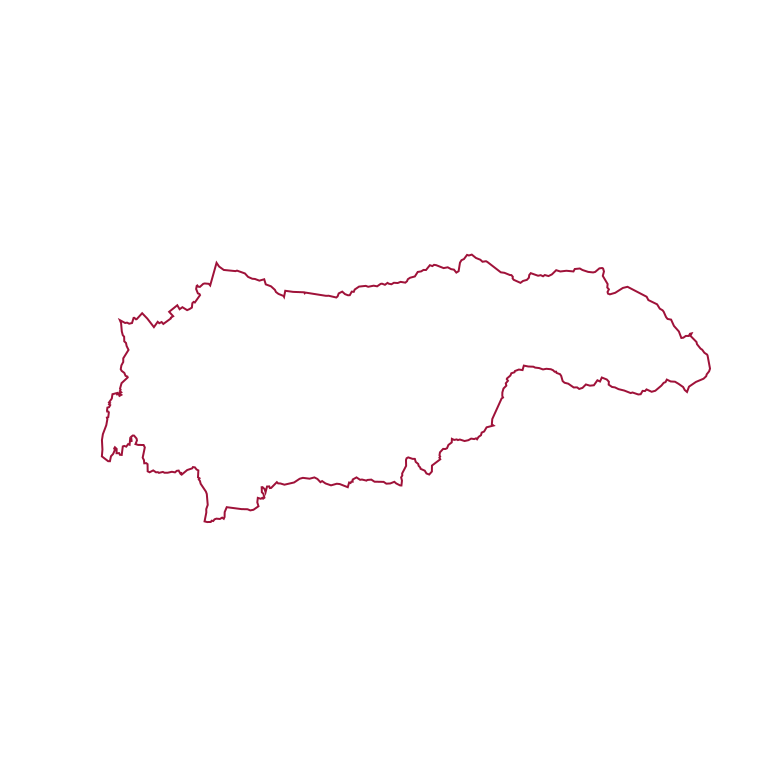 Dumitresti, Vrancea, Romania (Albers equal-area conic projection), rotated 129°
{"feature_id": "2599482B73706266576217", "entity_name": "Dumitresti", "entity_type": "district", "adm_level": 2, "iso_a3": "ROU", "parent_name": "Romania", "parent_adm1": "Vrancea", "projection": "albers", "projection_center": [26.916, 45.591], "detail": "fine", "context": "isolated", "style": "outline", "palette": "rose", "viewbox_px": 768, "rotation_deg": 129, "n_neighbors": 0, "source": "geoboundaries", "source_scale": "gbopen_adm2", "svg_char_len": 6166}
<svg xmlns="http://www.w3.org/2000/svg" viewBox="0 0 768 768"><g transform="rotate(129 384 384)"><path d="M500.6,629.5L502.1,626.7L508.1,620.9L510.4,617.8L510.8,615.7L514.3,612.7L514.5,610.3L516.4,608.0L518.3,604.0L528.1,602.8L531.0,600.5L534.8,599.8L538.2,597.9L538.9,596.1L538.8,592.8L540.3,590.0L539.7,588.1L540.2,587.3L548.5,588.5L553.8,586.2L554.2,585.1L555.7,584.8L555.8,583.1L557.6,584.0L557.7,581.3L559.7,582.1L558.9,583.7L560.0,584.9L558.9,585.7L562.8,588.6L566.6,586.4L571.4,586.1L571.2,585.0L572.8,584.9L572.7,583.5L575.0,583.1L576.4,584.1L579.0,582.5L579.6,581.8L578.9,580.8L579.3,579.9L583.4,577.4L584.5,578.2L585.5,576.8L590.8,573.9L599.9,570.9L605.1,567.9L612.1,561.6L617.8,557.7L617.6,549.8L616.5,548.4L612.0,550.7L608.8,550.5L605.5,551.4L604.3,552.0L603.9,553.1L602.5,553.3L602.7,550.9L606.1,548.3L604.4,546.3L605.2,544.7L604.2,543.2L596.9,547.7L595.6,546.9L594.9,544.9L591.7,545.0L591.3,543.5L586.9,546.4L587.5,544.6L587.1,544.3L584.2,547.3L582.1,546.8L581.4,545.8L582.1,542.0L583.3,540.5L587.1,539.3L586.1,536.8L582.7,532.4L583.8,530.0L593.1,525.2L594.2,522.7L596.5,520.4L595.1,518.9L595.1,517.3L600.6,512.7L600.1,510.6L596.4,509.0L596.1,505.6L594.8,504.2L594.7,503.0L591.5,500.5L591.1,498.7L589.0,496.2L585.7,493.6L584.2,490.8L581.9,490.4L580.5,489.1L581.5,486.5L580.9,485.8L581.9,485.3L581.8,484.2L574.7,482.8L570.3,480.0L568.8,480.2L567.8,478.5L568.4,475.9L568.0,473.9L573.6,469.8L573.4,468.0L574.7,467.9L575.2,466.0L576.9,463.7L579.7,454.7L581.0,452.5L588.9,444.9L593.1,443.4L595.7,441.2L603.7,437.0L602.6,434.6L600.3,431.8L598.7,431.9L598.0,430.5L595.8,430.5L594.1,429.5L592.2,426.6L589.7,425.7L589.6,423.7L587.7,424.2L583.8,427.2L578.7,428.7L570.9,416.0L567.2,411.2L566.4,408.4L563.9,406.3L558.0,404.6L555.7,408.0L551.9,410.4L550.7,407.5L549.0,406.9L549.2,405.8L547.6,405.4L545.2,408.7L545.0,410.8L541.2,414.1L540.6,413.5L540.8,410.6L542.7,407.9L537.3,410.4L535.8,408.7L536.7,407.2L535.8,406.3L527.7,405.5L527.9,403.8L526.5,401.9L524.9,398.0L517.1,391.9L510.7,389.9L508.0,388.0L504.4,382.2L500.4,379.3L499.7,376.0L500.3,371.6L498.4,371.0L498.1,366.9L496.1,361.4L491.2,357.9L489.6,355.4L487.0,347.2L482.5,349.1L482.0,347.7L480.3,347.9L479.7,346.9L477.9,348.2L473.9,346.6L473.5,342.3L472.1,341.0L470.1,336.8L469.1,336.6L466.3,333.7L465.9,329.9L460.3,322.7L460.0,319.5L457.4,316.6L453.5,314.4L453.6,312.0L452.7,307.7L451.9,306.6L447.8,309.2L445.8,311.9L443.6,312.2L442.1,313.6L433.7,315.3L429.2,319.1L427.5,319.7L425.8,319.0L424.2,314.7L422.8,312.9L424.6,310.3L424.6,307.1L425.8,305.6L426.1,303.3L426.9,302.2L425.7,297.8L426.8,294.7L425.9,291.9L421.9,291.7L417.2,295.4L407.1,292.9L406.4,294.6L405.0,294.7L404.5,296.0L401.9,297.5L397.2,297.2L396.0,295.5L394.3,294.6L390.8,295.6L386.8,294.6L383.9,296.7L383.3,294.3L381.3,292.6L381.1,291.3L379.4,290.1L377.6,285.5L374.6,283.1L371.6,281.9L370.0,279.2L368.3,278.3L368.4,276.9L365.5,277.2L362.8,276.4L360.3,277.5L357.9,276.3L353.1,277.0L347.4,272.8L347.5,274.8L343.1,277.8L321.2,283.5L319.6,283.0L318.9,284.5L316.1,286.7L312.3,288.3L308.3,287.9L306.8,289.8L303.5,289.7L302.9,291.7L302.2,291.9L297.9,291.1L295.5,291.8L292.8,290.0L291.5,290.4L287.9,288.3L286.0,285.1L281.7,286.9L279.6,282.9L276.5,278.7L276.2,277.0L274.0,273.5L272.6,269.6L270.0,267.4L267.5,263.6L266.9,261.3L267.1,259.1L266.1,258.0L266.8,256.9L265.6,253.4L266.2,251.4L269.3,247.0L269.4,244.5L267.8,241.0L267.3,234.4L265.1,231.8L265.0,229.2L262.1,227.3L257.3,226.8L255.7,222.9L252.9,220.1L246.8,220.5L246.1,217.7L241.9,218.8L240.3,213.7L240.7,210.7L243.1,209.0L242.8,204.9L241.3,202.4L240.4,198.5L237.9,193.2L235.8,186.6L234.2,185.5L232.1,179.8L230.4,178.1L226.6,178.7L225.2,176.7L223.0,176.6L221.6,171.1L218.5,168.9L210.6,167.4L207.1,167.4L205.4,166.4L202.6,167.0L201.6,162.8L199.1,159.3L198.5,155.3L198.1,149.6L199.4,146.5L199.5,143.5L194.1,145.3L186.1,142.9L178.8,139.0L175.2,138.5L173.4,139.3L169.6,139.3L166.9,140.3L158.3,150.4L157.8,151.4L158.1,154.7L157.1,158.3L157.3,160.2L156.1,165.8L154.7,167.6L153.7,176.2L151.1,176.8L152.4,177.8L154.9,177.4L156.7,179.7L159.6,180.5L161.1,181.9L157.6,187.9L156.4,195.2L153.3,201.4L155.0,204.6L154.5,206.9L151.8,212.2L151.4,213.9L151.9,217.1L150.2,221.9L152.4,231.4L150.9,234.8L155.2,255.9L159.0,258.8L167.6,261.7L172.2,264.9L172.8,266.8L171.8,268.2L168.9,268.8L168.5,271.2L165.6,273.1L162.3,282.0L158.1,283.9L156.4,286.4L156.6,287.5L158.6,289.4L164.0,290.4L165.7,291.7L168.4,295.9L170.5,301.5L171.0,304.5L174.6,308.1L177.3,307.6L181.2,313.5L185.6,317.8L187.2,321.8L193.2,322.5L196.6,324.1L198.1,327.6L200.2,328.2L200.8,330.7L202.9,332.4L205.5,339.7L207.9,339.7L210.2,338.3L213.2,338.5L216.4,340.8L219.5,341.6L221.4,348.8L221.0,350.5L219.6,351.4L219.2,353.5L220.1,354.8L221.8,360.4L223.7,363.5L224.1,380.5L224.4,382.0L227.0,384.4L226.8,387.3L228.2,391.9L228.2,397.2L230.7,398.9L231.4,400.7L236.6,400.5L239.0,401.7L241.9,401.3L249.4,397.0L251.9,397.9L251.1,401.6L252.5,404.1L253.2,407.9L256.4,410.6L258.8,418.2L259.9,420.1L261.9,420.6L262.8,423.1L269.0,423.1L270.5,425.1L273.1,426.0L275.7,428.3L281.0,427.7L285.0,430.6L287.6,431.4L289.6,430.8L291.8,431.2L294.2,435.4L296.9,436.9L299.1,440.0L301.8,441.0L303.1,443.5L303.2,444.9L306.3,445.7L307.3,448.7L308.3,449.6L312.4,450.8L314.1,453.9L318.4,457.5L319.2,459.9L324.0,464.7L329.0,466.2L331.4,465.5L332.5,467.2L336.5,466.5L337.7,467.8L338.7,470.9L338.5,474.6L342.1,476.2L345.1,475.2L346.8,475.5L350.2,482.5L352.0,484.6L362.4,502.6L363.4,502.7L363.0,503.8L369.6,512.6L373.7,519.4L379.2,516.5L378.8,517.5L380.4,522.7L380.5,525.9L379.5,528.0L379.2,533.3L381.0,538.6L378.0,543.0L382.1,545.9L383.6,550.4L385.1,552.6L386.3,557.0L385.6,561.7L388.4,569.6L389.7,570.4L396.2,580.3L396.5,586.1L395.2,590.4L416.8,581.1L416.4,583.2L418.7,586.6L419.9,587.5L424.4,588.2L425.3,589.7L424.9,591.1L425.6,591.3L428.4,589.8L430.7,585.7L430.2,584.1L430.7,582.9L439.7,582.3L440.0,583.6L441.8,583.8L445.5,581.4L448.2,582.3L450.5,583.5L451.2,589.0L454.5,589.9L452.9,594.2L463.1,596.4L464.0,590.5L466.6,591.4L467.2,590.9L476.2,593.3L475.8,595.8L478.2,596.9L478.1,599.0L484.6,598.6L482.1,609.2L481.2,616.5L489.2,617.0L489.8,617.4L489.7,619.7L490.2,620.2L495.2,618.2L497.5,620.0L498.0,622.3L499.5,623.6L500.6,629.5Z" fill="none" stroke="#9f1239" stroke-width="2"/></g></svg>